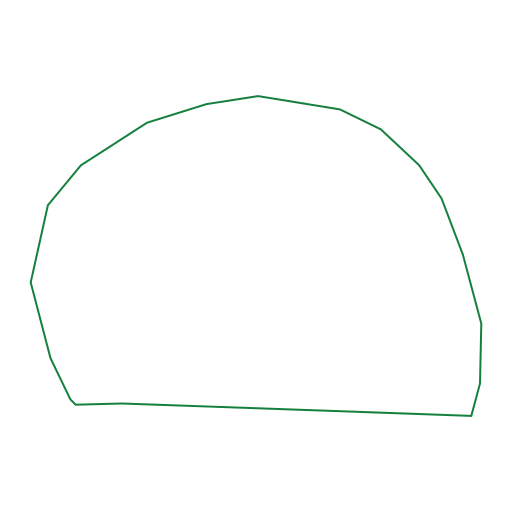 outline of Yangambi, Orientale, Democratic Republic of the Congo
{"feature_id": "63176286B49026377824569", "entity_name": "Yangambi", "entity_type": "district", "adm_level": 2, "iso_a3": "COD", "parent_name": "Democratic Republic of the Congo", "parent_adm1": "Orientale", "projection": "orthographic", "projection_center": [24.481, 0.79], "detail": "fine", "context": "isolated", "style": "outline", "palette": "green", "viewbox_px": 512, "rotation_deg": 0, "n_neighbors": 0, "source": "geoboundaries", "source_scale": "gbopen_adm2", "svg_char_len": 359}
<svg xmlns="http://www.w3.org/2000/svg" viewBox="0 0 512 512"><path d="M70.4,399.4L75.6,404.7L122.1,403.5L435.1,414.6L471.3,415.9L480.0,383.5L481.3,323.6L462.8,254.4L441.6,198.6L419.2,165.3L380.9,129.4L339.9,109.4L258.0,96.1L206.5,104.1L147.0,122.7L80.9,165.3L47.9,205.2L30.7,282.4L50.5,358.2L70.4,399.4Z" fill="none" stroke="#15803d" stroke-width="2"/></svg>